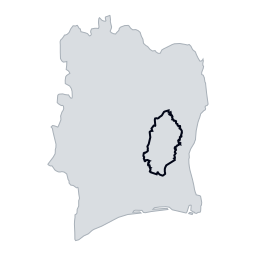 N'zi-Comoé on a map of Ivory Coast (Equal Earth projection)
{"feature_id": "CIV-3452", "entity_name": "N'zi-Comoé", "entity_type": "Department", "adm_level": 1, "iso_a3": "CIV", "parent_name": "Ivory Coast", "parent_adm1": "", "projection": "equal_earth", "projection_center": [-4.27, 7.107], "detail": "medium", "context": "in_parent", "style": "outline", "palette": "ink", "viewbox_px": 256, "rotation_deg": 0, "n_neighbors": 0, "source": "natural_earth", "source_scale": "10m", "svg_char_len": 5223}
<svg xmlns="http://www.w3.org/2000/svg" viewBox="0 0 256 256"><path d="M64.4,35.1L65.2,35.1L67.2,34.3L69.1,32.5L70.8,28.8L73.1,25.8L75.7,26.0L76.5,25.5L77.4,25.4L78.5,27.3L79.5,28.8L80.3,28.9L80.9,31.7L85.6,32.9L87.6,33.7L89.3,35.8L89.9,35.8L90.6,35.4L91.2,34.7L91.3,33.9L90.6,32.0L90.9,30.3L91.7,28.8L92.9,28.7L94.7,28.3L96.8,28.3L98.4,28.5L99.0,27.0L98.5,22.8L98.6,20.5L98.9,18.5L99.5,17.7L101.8,20.2L103.9,21.1L105.5,21.2L105.9,20.7L105.3,18.0L105.4,17.2L106.0,16.7L107.0,16.5L109.8,15.4L110.0,15.6L110.5,19.8L110.3,21.2L110.9,24.1L111.6,26.8L111.5,27.8L110.9,29.5L110.2,31.0L110.3,31.6L111.4,32.7L113.5,33.7L115.6,34.0L116.8,32.4L118.1,31.2L119.0,30.0L119.3,28.4L120.6,27.1L124.6,25.6L128.2,25.4L129.0,25.9L130.6,28.2L132.7,29.8L135.8,29.6L138.1,30.6L140.1,32.3L141.4,36.3L142.9,39.2L143.5,43.3L145.8,45.5L147.6,46.5L150.0,49.4L152.5,51.0L155.1,50.6L156.3,52.2L158.2,53.3L160.2,53.3L161.9,49.9L164.1,48.6L169.8,45.8L172.1,44.6L174.4,43.8L179.8,43.5L184.9,44.4L187.5,45.0L189.2,44.5L190.9,46.2L192.6,49.6L193.9,50.7L195.4,51.9L196.4,54.6L197.7,57.3L198.3,58.5L199.9,61.1L201.2,61.1L202.5,60.0L203.0,59.1L203.3,60.9L202.8,63.7L202.9,65.5L203.6,66.2L203.2,68.4L201.7,72.3L201.7,74.5L203.2,75.2L204.3,77.7L204.9,81.8L205.6,83.2L205.6,84.0L206.7,94.0L208.1,104.1L207.2,105.4L206.1,105.8L205.3,106.2L205.1,107.2L205.6,108.5L205.3,109.8L203.8,110.7L200.7,113.8L200.4,115.1L199.6,117.8L198.9,119.5L197.9,122.6L196.2,130.7L195.6,137.5L195.5,139.6L194.9,141.0L194.2,143.1L190.7,148.9L189.0,153.6L189.2,155.7L189.3,157.7L188.8,159.2L188.9,163.2L189.3,166.6L189.9,169.9L192.4,179.2L193.7,184.8L194.5,189.4L195.3,192.4L195.9,193.7L196.2,194.8L199.9,195.7L200.6,196.4L201.7,202.3L201.5,205.0L200.8,206.0L200.8,208.3L200.6,211.1L200.1,212.2L198.0,212.4L196.6,213.4L194.7,213.0L194.5,212.3L193.5,212.0L190.8,210.4L191.2,205.3L190.0,205.1L189.0,205.7L187.0,211.9L186.1,213.0L172.3,209.8L169.3,207.2L165.8,206.7L159.5,207.0L154.4,207.7L152.9,209.3L165.9,208.4L167.3,208.5L167.9,209.5L151.5,211.5L145.2,212.7L143.4,212.4L142.0,210.4L135.2,210.2L133.8,210.8L132.9,212.3L135.6,212.0L139.8,211.9L141.0,213.0L127.7,214.5L118.6,217.3L114.7,219.3L101.8,226.1L94.0,229.3L92.0,230.5L88.4,233.8L83.8,235.9L78.7,239.8L75.6,240.6L74.9,239.4L74.8,232.8L74.4,224.0L74.6,220.6L75.0,217.4L75.0,214.8L76.6,213.8L77.0,212.7L77.2,209.3L78.7,206.1L78.7,200.7L79.1,199.6L79.5,198.1L78.9,194.6L78.1,187.8L77.7,187.4L77.3,187.7L76.5,187.8L73.3,185.5L70.8,185.1L69.1,183.1L69.0,180.8L68.1,179.5L67.5,176.9L66.7,173.9L64.2,172.1L61.9,171.6L60.3,172.0L58.4,171.9L56.2,170.9L54.7,169.8L53.3,167.6L51.9,165.8L50.9,166.0L49.6,165.6L48.3,164.8L47.9,164.2L53.2,157.2L55.1,153.8L55.3,151.7L55.3,149.6L55.9,147.5L56.0,144.2L53.1,132.2L52.4,128.5L51.6,127.5L51.1,127.0L52.6,125.5L54.6,125.9L57.8,127.1L58.5,125.9L60.9,119.9L60.8,117.7L60.6,116.1L62.0,112.0L63.1,110.4L63.7,108.7L63.5,106.3L62.7,105.4L61.6,105.6L60.3,105.0L58.3,103.7L57.2,102.5L57.6,97.0L57.8,95.3L58.5,94.4L59.6,94.1L62.7,93.9L65.2,94.6L67.4,94.9L68.6,94.9L69.5,96.5L70.8,98.2L71.9,98.2L72.3,96.9L72.1,91.6L71.4,88.7L69.7,86.0L65.3,83.6L65.2,80.4L65.7,76.8L66.6,75.5L69.9,73.3L69.3,72.1L68.3,70.8L66.2,69.5L66.7,65.2L66.8,61.5L65.1,61.9L63.3,62.1L61.8,60.9L60.5,58.6L60.3,52.3L60.3,45.0L60.1,41.8L60.6,40.1L62.2,38.5L63.8,36.4L64.4,35.1ZM192.9,213.1L192.2,214.5L188.7,213.6L189.6,212.4L192.9,213.1Z" fill="#d9dde1" stroke="#a8b0b8" stroke-width="1"/><path d="M174.8,160.0L166.3,165.3L165.2,167.5L164.8,169.0L164.8,171.7L165.1,172.9L165.1,173.9L163.0,175.5L162.4,175.6L159.8,174.6L158.5,173.4L157.8,172.3L157.5,172.4L156.7,174.3L150.5,172.2L150.5,171.5L149.9,171.3L150.5,169.2L150.2,168.3L150.5,168.0L150.0,167.9L149.9,167.1L149.5,166.8L149.8,166.3L149.5,165.2L148.9,165.0L148.2,165.2L148.0,164.9L148.3,162.8L149.0,162.6L148.7,161.3L149.5,160.9L147.6,160.0L146.9,160.0L145.5,160.6L145.3,161.1L145.0,161.2L144.5,160.7L144.6,159.7L144.2,159.4L143.8,158.6L144.2,157.1L143.5,156.2L143.4,155.7L143.8,153.1L144.4,152.7L145.0,152.9L147.4,151.4L147.9,150.7L147.7,149.7L147.9,148.5L147.4,146.4L148.7,144.1L150.3,137.3L149.7,132.4L149.8,131.7L151.3,130.9L152.3,130.9L151.5,128.5L153.7,125.6L155.2,125.8L155.3,125.6L154.8,119.9L155.1,118.5L156.3,118.2L157.4,118.5L158.6,118.1L159.2,117.3L161.8,115.5L164.0,111.9L164.8,111.5L168.6,110.4L168.5,112.0L168.6,112.6L170.1,112.5L170.6,112.2L170.8,113.2L169.5,114.5L171.4,115.6L171.7,115.2L172.0,115.5L172.5,116.8L172.1,117.4L172.6,118.8L172.3,119.4L173.3,119.6L173.7,120.6L174.2,120.5L174.6,120.9L175.7,120.9L176.1,121.3L175.9,122.1L176.1,123.2L176.4,123.6L177.4,124.0L177.6,125.3L177.9,125.4L178.4,126.2L179.4,125.9L180.0,126.0L180.2,127.1L179.5,128.2L179.6,128.5L180.9,129.3L181.8,130.9L181.9,132.9L181.5,133.2L181.5,134.0L180.9,135.4L180.9,136.1L181.3,135.9L181.5,136.1L181.3,136.7L179.9,137.1L179.9,139.1L179.6,140.2L179.1,140.5L179.0,139.9L178.8,139.8L178.2,140.5L178.5,142.1L178.8,142.8L179.8,143.2L180.3,142.9L180.4,143.0L180.0,143.7L180.2,144.3L178.9,143.9L178.9,144.7L178.5,145.0L177.2,145.4L176.4,146.6L175.4,146.8L174.8,147.5L174.7,148.5L174.9,149.0L175.2,149.1L175.3,148.2L175.7,148.6L176.0,149.9L175.2,150.9L174.8,152.1L175.7,153.3L174.3,155.3L174.9,157.2L174.9,158.0L174.1,158.4L174.5,158.8L174.8,160.0Z" fill="none" stroke="#020617" stroke-width="2"/></svg>